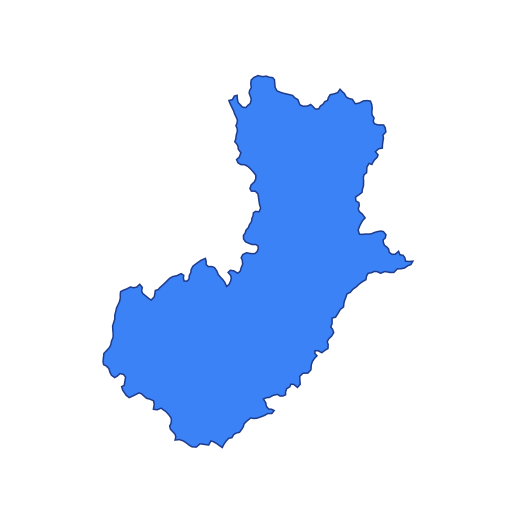 Novo Oriente de Minas, Minas Gerais, Brazil, rotated 221°
{"feature_id": "56859067B87860845609975", "entity_name": "Novo Oriente de Minas", "entity_type": "district", "adm_level": 2, "iso_a3": "BRA", "parent_name": "Brazil", "parent_adm1": "Minas Gerais", "projection": "albers", "projection_center": [-41.219, -17.24], "detail": "fine", "context": "isolated", "style": "filled", "palette": "blue", "viewbox_px": 512, "rotation_deg": 221, "n_neighbors": 0, "source": "geoboundaries", "source_scale": "gbopen_adm2", "svg_char_len": 5205}
<svg xmlns="http://www.w3.org/2000/svg" viewBox="0 0 512 512"><g transform="rotate(221 256 256)"><path d="M271.7,69.2L268.6,67.3L265.6,66.5L262.5,65.7L258.8,65.9L257.1,69.6L255.7,73.0L254.5,76.0L251.8,76.9L249.1,76.8L245.2,76.8L242.0,78.4L238.3,79.5L235.5,77.3L232.9,73.0L229.8,75.0L227.7,79.0L225.0,79.1L221.9,79.5L217.7,79.0L214.2,78.2L212.1,76.6L210.2,73.6L209.6,71.0L206.9,69.1L202.8,68.7L200.2,68.4L197.9,66.9L196.3,64.0L193.5,67.1L189.7,68.7L186.3,69.2L182.3,69.4L179.1,70.0L175.7,72.6L175.0,77.6L171.1,80.1L167.7,82.3L168.7,86.8L166.3,87.9L162.3,88.7L159.4,88.9L155.8,89.3L156.7,92.8L157.1,96.7L157.0,100.5L155.0,103.1L155.7,106.8L154.6,109.7L152.8,112.1L153.1,116.0L153.6,118.9L154.9,121.6L154.6,125.5L153.7,130.4L151.2,131.8L149.1,133.9L147.0,137.4L145.0,141.2L143.7,144.9L140.7,147.5L140.9,151.3L143.6,150.6L146.1,148.8L149.8,149.5L152.3,151.6L156.6,152.9L155.1,156.0L153.2,157.9L151.7,161.9L149.1,165.6L145.9,166.1L143.7,168.2L142.6,170.7L144.4,172.6L145.8,175.9L144.7,179.4L145.6,182.2L143.1,183.9L138.5,184.0L138.5,188.2L141.2,190.9L144.0,193.8L143.7,198.2L140.0,201.7L139.9,206.2L142.8,210.0L144.2,213.3L144.7,217.2L144.5,220.7L147.7,221.1L149.3,223.3L147.1,225.2L142.9,226.2L142.1,230.1L141.0,233.4L143.4,236.5L146.0,238.0L146.8,241.1L146.4,245.2L147.1,249.2L150.3,251.0L152.9,251.4L154.2,254.8L156.1,257.1L157.9,259.0L155.8,262.0L156.5,266.4L157.3,271.1L156.5,275.0L158.6,277.9L160.0,280.7L161.0,283.6L162.5,287.0L161.0,290.5L161.1,294.4L160.1,298.5L159.7,302.8L158.9,306.2L157.5,310.2L159.5,313.6L160.0,316.6L157.9,319.1L156.6,321.9L154.3,323.7L150.6,324.7L148.8,328.5L146.7,330.0L144.0,331.5L141.2,334.0L140.9,339.0L138.3,341.4L136.1,344.2L134.9,348.6L133.5,351.1L134.2,355.0L136.9,352.3L139.7,350.2L142.6,352.4L145.5,353.0L148.2,351.4L151.5,353.1L152.1,348.6L154.6,346.4L157.8,346.2L160.6,348.3L163.3,348.6L166.0,348.3L168.5,349.6L170.6,351.6L170.3,354.4L171.8,357.3L175.9,358.0L178.2,356.7L180.1,354.4L182.1,351.4L183.5,348.5L185.4,346.4L187.5,344.7L189.9,342.1L192.2,340.3L195.9,342.6L197.4,346.5L198.3,350.1L198.8,353.1L198.6,356.3L203.3,357.4L207.3,357.3L209.8,358.7L211.2,361.9L213.4,363.8L216.7,363.1L219.5,365.7L218.4,370.2L217.7,373.6L219.4,376.1L221.0,379.6L223.9,383.1L226.5,385.7L227.8,388.3L227.2,391.5L228.8,393.5L230.6,395.8L231.5,400.0L228.6,401.1L229.3,403.8L229.6,406.5L229.3,409.9L230.2,412.4L234.3,413.0L233.8,417.4L231.4,420.3L233.3,422.6L235.4,425.7L237.1,428.6L239.5,430.4L239.4,434.8L242.5,437.5L245.6,438.6L247.7,436.9L250.2,434.8L253.6,433.5L256.1,434.8L257.4,437.6L261.1,438.7L263.4,441.1L265.0,443.5L267.9,446.2L271.3,448.0L274.1,446.2L276.7,443.5L278.4,439.2L281.0,436.0L283.5,436.7L286.0,437.5L288.9,436.0L292.1,435.2L295.9,436.6L299.4,436.7L302.0,437.0L301.6,432.8L303.6,429.3L305.9,426.4L305.3,423.1L304.1,420.3L305.4,417.6L305.0,414.6L305.8,411.5L305.2,408.1L307.7,405.8L311.6,406.2L314.2,406.2L315.4,403.1L318.6,400.0L322.1,398.9L324.6,400.2L327.0,401.5L330.7,400.8L333.6,401.2L337.5,399.3L341.3,397.2L344.6,395.7L348.5,394.4L352.2,395.8L355.4,398.9L357.8,401.2L360.5,401.5L363.5,399.5L366.1,398.6L368.8,395.6L372.9,393.4L374.7,389.4L375.1,385.7L373.1,382.7L370.0,379.9L369.4,376.6L368.0,374.4L365.4,373.0L362.5,371.3L360.4,367.4L361.0,364.1L361.0,361.4L363.9,359.4L366.7,359.8L370.2,360.1L373.3,362.5L375.7,364.9L377.3,362.5L376.4,358.5L378.5,355.6L375.5,354.0L371.8,352.4L368.0,350.8L365.7,349.4L362.5,348.0L359.2,346.4L357.5,343.8L356.6,341.1L354.2,340.1L352.0,338.0L350.2,334.2L348.0,331.0L347.0,328.3L344.4,328.0L341.9,327.2L339.4,325.0L335.2,324.0L333.5,319.8L333.9,316.0L330.7,314.5L327.5,315.0L324.3,317.5L320.6,318.3L316.7,318.1L313.5,317.7L309.1,316.8L306.8,314.1L305.9,311.1L306.3,306.4L304.8,302.9L302.1,301.9L299.0,304.4L295.4,304.2L292.8,302.1L289.9,299.5L287.0,297.1L283.9,295.2L282.7,291.4L285.6,289.4L286.3,286.9L284.6,284.4L283.8,281.8L281.9,278.8L281.5,275.3L280.4,272.5L280.5,268.9L279.2,266.0L279.0,263.3L276.6,260.7L273.2,259.8L269.4,261.0L266.3,262.2L263.9,264.4L261.3,265.0L259.3,263.3L258.1,260.4L258.3,257.3L260.9,254.8L265.3,252.2L266.9,248.5L266.1,245.0L263.6,243.8L260.7,241.1L259.4,237.2L257.9,234.1L258.6,231.0L262.9,230.3L266.0,228.4L266.3,225.3L262.3,224.7L259.9,222.8L258.6,220.1L257.7,216.9L258.2,213.7L262.3,215.6L265.6,216.4L268.2,216.6L272.3,217.2L275.7,219.0L279.7,220.0L282.5,219.0L285.1,216.7L288.1,216.9L289.9,219.1L292.6,221.0L294.7,216.7L296.0,211.4L296.9,207.0L296.0,203.1L294.4,200.8L293.5,197.4L291.6,195.0L291.4,192.1L293.8,189.9L296.3,191.7L297.8,194.0L300.9,193.6L302.9,189.1L305.3,185.9L306.5,182.7L306.8,179.6L307.0,176.0L307.4,172.3L307.8,169.2L307.8,166.4L309.4,163.9L307.6,161.2L306.0,158.5L306.2,153.9L309.2,153.6L313.2,153.5L316.9,153.4L319.3,154.5L321.2,157.7L325.2,158.4L325.7,154.0L327.9,151.5L330.5,150.2L331.8,146.7L333.7,143.1L334.8,140.3L333.4,138.1L330.8,135.2L329.0,131.8L328.2,129.0L327.2,125.3L325.7,122.6L323.8,118.8L321.2,115.7L319.7,112.3L318.3,109.1L315.3,106.0L312.6,103.4L310.4,100.7L309.2,96.9L307.5,94.0L306.6,91.0L306.7,86.5L306.9,82.7L305.3,80.4L303.8,78.2L302.1,75.9L299.7,74.0L296.7,74.8L293.2,74.5L289.9,72.4L286.9,71.2L282.9,71.5L281.9,74.5L281.5,78.0L278.4,79.7L275.0,79.1L272.9,75.6L270.6,71.9L271.7,69.2Z" fill="#3b82f6" stroke="#1e3a8a" stroke-width="1.5"/></g></svg>